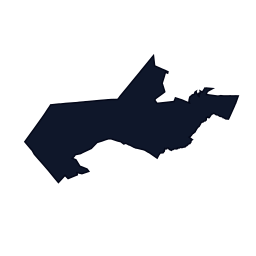 the district of Múzquiz, Coahuila, Mexico, rotated 292°
{"feature_id": "50627088B33107431183944", "entity_name": "Múzquiz", "entity_type": "district", "adm_level": 2, "iso_a3": "MEX", "parent_name": "Mexico", "parent_adm1": "Coahuila", "projection": "robinson", "projection_center": [-101.589, 28.349], "detail": "fine", "context": "isolated", "style": "filled", "palette": "ink", "viewbox_px": 256, "rotation_deg": 292, "n_neighbors": 0, "source": "geoboundaries", "source_scale": "gbopen_adm2", "svg_char_len": 4699}
<svg xmlns="http://www.w3.org/2000/svg" viewBox="0 0 256 256"><g transform="rotate(292 128 128)"><path d="M199.0,218.2L198.8,217.7L198.6,217.2L198.5,216.9L198.4,216.6L198.3,216.4L198.3,216.2L198.1,215.9L197.9,215.2L197.7,214.9L197.5,214.5L196.3,211.4L196.3,211.2L196.2,211.1L194.4,206.8L193.5,204.5L193.0,202.9L192.8,202.0L191.6,200.1L191.1,199.0L188.8,189.9L188.6,188.3L188.5,188.2L189.9,187.7L190.4,187.7L192.3,188.4L196.2,191.6L194.4,185.7L193.9,185.7L193.9,184.4L191.7,184.0L189.1,183.5L189.4,181.0L188.8,181.4L188.2,181.4L187.9,181.4L187.6,181.4L187.4,181.5L187.1,181.7L186.9,181.8L186.6,180.7L184.4,181.9L183.8,182.3L183.7,182.3L183.7,182.2L183.8,181.9L184.0,181.7L184.0,181.4L184.2,181.1L184.3,181.0L184.3,180.9L184.5,180.9L184.9,180.7L185.0,180.4L185.2,180.1L185.3,180.1L185.4,179.9L185.5,179.7L185.4,179.6L185.4,179.4L185.5,179.3L185.6,179.2L185.7,178.9L185.8,178.8L185.8,178.5L185.9,178.4L186.1,178.3L186.3,178.2L186.5,178.1L186.8,178.0L186.9,177.9L187.0,177.7L187.0,177.4L187.4,177.4L186.7,176.9L186.2,176.7L185.0,176.9L184.2,176.9L183.9,176.5L183.8,176.4L183.7,176.3L183.5,176.2L183.3,176.0L183.3,175.9L183.2,175.8L183.1,175.7L182.8,175.3L182.5,175.3L182.4,175.2L182.2,175.2L181.9,175.1L181.9,174.9L181.6,174.9L181.4,174.7L181.2,174.6L181.1,174.4L180.9,174.3L180.8,174.2L180.7,174.1L180.4,173.9L180.2,173.9L179.9,173.8L179.7,173.8L179.4,173.8L179.2,173.8L178.9,173.9L178.7,173.9L178.3,173.9L178.1,174.0L177.9,174.2L177.6,174.3L177.1,174.3L177.0,174.2L176.9,174.1L176.7,174.2L176.5,174.3L176.4,174.4L176.2,174.5L175.9,174.5L175.7,174.7L175.4,174.8L175.3,175.0L175.2,175.0L175.1,174.9L175.1,175.0L174.9,175.0L174.7,175.3L174.3,175.6L174.2,175.7L174.1,175.3L174.1,172.1L174.1,171.4L174.2,167.4L174.0,164.8L173.7,160.7L169.8,160.8L167.7,156.9L166.4,154.5L165.4,152.6L164.1,150.2L162.1,146.4L161.7,145.7L163.8,142.4L165.3,142.4L166.5,143.1L172.9,147.1L175.3,148.5L176.0,148.0L179.1,145.5L181.3,143.7L182.1,142.9L189.4,142.3L191.9,142.0L194.3,141.8L194.4,142.0L193.8,142.4L193.7,143.2L193.7,143.6L193.7,144.2L195.1,144.0L195.3,140.5L195.3,137.6L195.6,129.4L204.6,124.5L203.7,124.2L195.0,121.5L185.4,118.5L183.9,118.1L178.3,116.3L171.6,114.2L165.1,112.2L161.1,110.9L156.0,109.3L154.4,108.8L153.5,108.6L152.0,108.2L150.6,107.7L149.9,106.1L149.5,105.1L149.2,104.5L149.0,103.9L148.1,101.8L147.2,100.0L146.8,99.1L146.0,97.6L143.7,93.0L143.2,92.0L140.6,87.0L137.1,80.2L136.5,78.9L135.6,77.3L133.6,73.3L132.5,71.4L127.4,61.0L124.9,56.4L124.8,56.1L124.3,54.9L120.4,47.6L120.1,47.6L117.4,47.1L115.8,46.7L110.1,45.6L105.2,44.5L90.7,41.0L87.6,40.2L77.8,37.8L76.6,37.5L73.9,42.6L72.3,45.6L71.4,47.5L68.6,51.0L65.5,57.1L62.3,63.5L58.9,70.1L53.8,79.4L51.4,83.9L60.5,87.3L58.7,91.4L63.6,96.4L65.6,98.5L67.6,97.4L68.4,102.4L70.8,105.2L73.1,107.9L74.6,105.4L74.6,103.6L74.6,99.9L74.5,97.7L79.0,91.6L79.0,87.6L81.5,88.7L83.7,89.2L84.1,90.0L86.5,93.6L88.2,95.0L95.3,101.6L103.0,104.7L106.3,108.8L108.4,111.1L110.7,113.9L111.7,116.5L111.8,118.3L112.1,123.1L112.6,126.5L111.6,130.1L112.0,130.5L112.9,131.4L113.0,133.0L112.8,134.4L112.7,135.5L112.9,136.2L112.9,137.0L112.7,137.6L112.7,138.2L112.6,139.1L112.5,140.1L112.4,140.5L112.5,140.7L112.4,142.6L112.8,144.2L113.3,147.7L113.7,150.2L113.8,152.0L113.1,156.1L113.2,156.7L111.0,166.3L114.3,166.6L116.9,167.2L118.2,169.8L120.0,170.2L120.1,170.3L122.3,169.8L122.9,169.9L122.7,170.6L122.8,171.0L123.0,171.3L123.3,171.7L123.6,171.6L123.9,171.8L124.3,172.1L124.6,172.5L124.6,173.1L124.4,173.2L124.0,173.7L123.7,174.4L123.6,175.0L123.8,175.6L123.6,175.9L123.5,176.5L124.4,177.0L125.0,177.9L125.3,178.0L125.5,178.2L125.9,178.4L126.4,179.4L126.7,180.6L127.0,181.0L127.4,181.1L127.5,181.7L127.9,181.7L128.2,181.7L128.9,183.3L129.5,183.6L130.0,184.0L129.9,184.9L130.2,185.4L130.4,185.9L130.7,186.1L131.5,187.2L131.7,187.7L131.7,187.8L132.1,187.9L132.3,188.2L132.8,188.2L133.4,188.5L133.5,189.0L134.5,189.5L134.9,189.6L135.1,189.8L135.8,189.8L136.8,191.2L137.6,191.3L138.0,191.4L138.6,191.6L139.4,191.2L139.7,191.3L140.0,191.1L140.4,191.6L140.7,191.6L140.8,191.5L141.1,191.7L141.3,191.9L142.2,188.7L142.2,188.3L142.4,188.1L143.0,188.3L143.6,189.0L143.8,189.0L144.4,189.3L145.0,189.5L146.6,189.9L147.1,190.0L147.5,190.5L147.9,190.8L148.3,190.7L149.3,191.5L149.9,191.7L150.5,191.6L151.1,191.7L152.2,192.0L152.6,191.8L153.5,192.1L154.5,192.4L155.3,192.7L156.0,193.2L156.2,193.3L160.4,193.8L160.7,193.9L162.0,195.5L163.1,195.8L163.4,196.8L164.8,197.5L167.1,196.7L167.5,197.6L168.2,197.8L167.8,198.7L168.0,199.4L171.8,200.2L173.9,202.1L173.6,203.8L173.3,204.9L173.8,206.0L173.3,208.8L173.8,211.6L173.2,212.3L173.5,212.8L173.1,215.2L173.9,217.8L178.1,218.0L187.9,218.4L189.4,218.4L191.4,218.4L191.4,218.5L199.0,218.2Z" fill="#0f172a" stroke="#020617" stroke-width="1.5"/></g></svg>